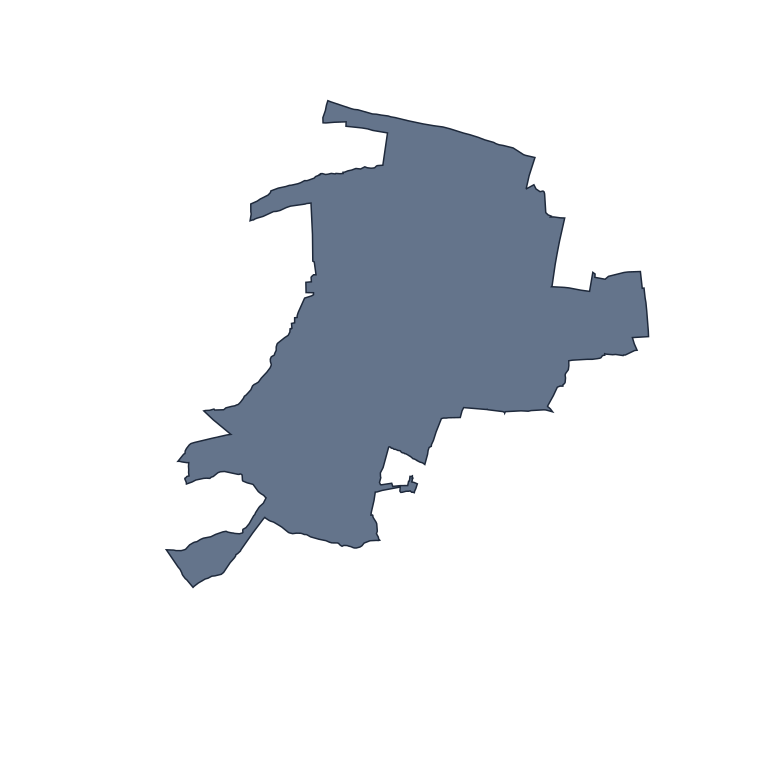 the district of Suletea, Vaslui, Romania, rotated 300°
{"feature_id": "2599482B74545700533017", "entity_name": "Suletea", "entity_type": "district", "adm_level": 2, "iso_a3": "ROU", "parent_name": "Romania", "parent_adm1": "Vaslui", "projection": "mercator", "projection_center": [27.899, 46.299], "detail": "fine", "context": "isolated", "style": "filled", "palette": "slate", "viewbox_px": 768, "rotation_deg": 300, "n_neighbors": 0, "source": "geoboundaries", "source_scale": "gbopen_adm2", "svg_char_len": 6159}
<svg xmlns="http://www.w3.org/2000/svg" viewBox="0 0 768 768"><g transform="rotate(300 384 384)"><path d="M597.1,561.2L596.0,559.8L609.6,549.8L603.1,539.4L600.6,536.1L589.5,524.6L585.3,523.1L581.8,513.3L584.8,511.8L585.1,509.0L567.0,515.7L563.7,507.6L559.7,496.1L557.8,491.8L552.0,480.4L553.0,480.5L573.3,472.4L583.8,468.6L595.4,464.6L618.1,457.5L616.1,453.7L613.6,447.6L611.9,444.7L613.0,444.9L612.5,441.6L613.3,438.4L629.0,428.0L630.4,426.6L630.6,425.2L628.6,423.0L628.9,418.2L631.5,414.2L624.3,409.8L624.5,409.4L637.1,405.5L655.6,401.5L652.8,392.3L652.4,390.2L653.0,377.8L650.2,368.0L648.7,364.0L648.1,360.7L648.1,358.3L645.8,349.1L644.7,342.1L642.8,333.6L641.1,327.5L638.0,313.5L636.1,306.6L632.5,297.8L628.8,287.8L624.0,273.1L620.3,260.4L618.8,256.4L618.2,253.6L615.5,247.1L613.9,242.6L612.1,239.0L608.4,224.2L606.8,220.7L606.0,217.6L601.8,197.0L601.3,193.7L596.8,194.7L591.5,196.5L584.1,197.9L579.7,200.6L581.0,203.1L585.9,210.2L592.1,220.1L588.2,222.2L594.7,236.8L596.8,242.4L598.0,247.5L603.2,261.5L572.9,273.6L570.0,269.3L569.1,268.5L566.6,267.8L565.5,266.5L564.4,264.9L562.9,261.4L562.5,258.8L558.5,256.2L556.6,251.9L553.0,248.9L550.6,246.2L547.8,244.0L546.8,242.6L545.9,243.4L544.1,240.7L542.3,237.0L541.7,236.9L541.4,236.4L540.0,233.0L537.7,230.6L536.2,228.6L535.4,225.4L534.5,224.0L533.7,224.2L533.5,223.5L532.9,223.2L532.6,223.5L529.4,221.0L527.4,220.6L522.4,216.4L521.5,215.5L520.4,213.5L516.7,211.2L514.4,209.3L509.8,204.3L508.7,202.7L505.9,200.2L500.8,194.5L494.7,189.5L492.9,189.9L489.6,189.1L482.3,184.3L478.9,182.7L473.3,178.6L466.5,182.6L464.8,184.0L458.4,186.4L460.1,187.9L460.9,189.0L462.2,189.6L464.1,191.1L468.7,195.5L478.1,202.1L479.6,204.4L482.3,207.2L488.0,211.2L491.3,214.1L498.8,223.7L500.5,225.8L501.5,226.6L504.2,230.3L477.9,247.2L454.8,260.9L454.8,262.6L444.6,270.5L443.4,268.4L440.7,267.5L439.8,267.6L436.2,270.0L433.0,265.5L424.2,270.8L427.8,277.3L426.1,278.3L424.2,277.3L418.7,272.3L403.2,273.9L399.9,274.6L398.2,275.5L396.7,273.5L392.3,276.0L390.2,273.6L386.2,276.4L385.7,276.2L385.4,275.6L385.1,275.7L384.8,275.1L381.9,276.5L378.2,276.7L374.5,274.8L366.1,271.5L365.2,271.4L362.2,272.1L359.3,273.8L355.6,274.1L354.7,274.5L354.0,274.4L351.2,272.8L348.7,273.1L346.5,274.5L344.7,276.5L344.0,276.9L341.2,277.3L335.5,276.6L327.9,274.8L322.9,274.3L320.1,272.8L318.7,271.8L316.6,271.1L312.4,271.6L305.5,270.1L303.6,269.2L301.2,269.4L296.4,268.8L293.4,268.0L291.9,266.6L290.6,265.8L288.6,263.4L284.3,259.0L281.9,258.2L281.4,257.8L276.8,250.4L277.3,249.3L274.1,246.2L271.7,242.5L270.6,241.4L267.6,254.1L263.8,276.6L261.3,273.4L250.9,262.1L238.5,249.0L235.9,246.6L233.9,245.8L229.4,245.2L226.7,245.3L224.2,246.4L223.1,245.6L214.0,244.2L214.8,245.5L215.5,248.0L217.4,252.8L218.3,254.2L215.0,255.8L212.2,257.7L209.5,259.1L206.9,261.1L205.5,259.6L203.7,259.2L202.8,258.7L202.1,259.1L200.1,261.8L198.6,262.9L203.2,266.8L206.8,269.1L212.1,275.0L213.7,277.4L215.2,280.4L217.0,281.0L218.5,282.4L224.1,284.5L226.1,286.1L228.5,289.6L232.8,302.9L233.5,304.0L234.1,304.2L234.4,304.9L234.4,306.2L233.9,306.9L229.9,309.5L229.4,310.3L230.0,314.9L231.5,320.4L231.5,321.0L228.0,328.9L227.5,331.9L227.4,335.6L226.8,337.1L226.4,338.8L220.4,339.1L216.2,337.7L214.6,337.4L208.4,337.1L206.3,337.4L204.7,337.0L195.7,337.1L190.6,336.3L187.6,334.5L186.7,334.8L184.9,336.0L184.3,335.9L182.0,333.7L179.9,329.3L179.6,328.1L178.8,326.3L177.6,322.6L177.5,320.9L175.5,318.5L169.6,313.4L165.1,310.4L160.1,304.6L157.5,302.7L153.9,300.8L152.5,299.2L151.4,298.3L147.5,296.1L141.6,294.8L140.1,293.5L138.3,291.7L137.0,289.4L135.7,287.1L135.0,284.9L131.6,278.4L122.4,297.5L121.5,300.1L119.2,303.5L118.5,304.1L117.6,305.6L116.0,309.4L115.9,310.8L112.4,320.3L113.9,320.7L118.8,322.7L125.8,326.7L127.8,328.7L131.5,331.0L133.3,333.5L137.8,338.2L140.6,339.3L152.4,340.1L158.8,341.4L160.7,341.5L162.3,341.1L163.7,342.0L167.8,343.2L168.7,343.0L189.3,344.8L207.1,347.0L208.9,347.5L208.6,348.8L208.4,352.4L208.5,354.2L209.2,357.4L209.1,364.3L209.0,367.0L207.7,375.1L207.7,376.2L208.7,379.7L211.0,382.7L213.0,386.3L213.5,387.9L213.8,390.2L214.7,391.9L214.9,392.6L214.9,396.8L217.0,405.2L219.3,412.1L219.7,415.7L220.3,418.2L223.1,423.2L223.2,424.4L222.5,426.9L222.5,428.8L224.1,429.9L225.7,432.9L225.9,434.3L226.6,436.7L226.9,439.4L227.4,440.8L228.2,442.1L230.8,444.7L232.9,445.8L236.3,446.3L241.3,450.3L244.8,455.7L245.7,457.5L246.6,458.4L247.1,456.9L248.6,455.6L250.6,452.3L253.2,451.8L259.3,447.6L260.4,446.2L262.9,441.5L263.8,440.5L264.5,440.1L264.8,439.6L263.9,438.3L266.4,437.2L278.1,433.6L286.0,430.5L287.1,432.0L291.0,435.7L302.9,449.6L299.2,451.3L298.5,452.7L299.5,454.1L302.1,456.7L303.6,459.2L304.5,460.0L304.1,462.1L304.7,463.1L305.0,464.6L306.5,464.1L309.1,463.9L314.2,462.8L313.8,459.4L313.1,457.0L315.5,456.4L316.1,455.6L316.9,455.5L317.1,455.9L317.6,455.1L318.6,454.5L317.5,453.8L317.0,452.7L312.7,454.5L312.1,453.9L307.9,455.3L304.2,449.0L299.7,442.8L301.9,440.3L295.6,432.4L295.1,431.6L295.2,431.1L296.5,429.3L301.2,428.1L302.3,427.1L305.2,425.3L311.2,425.0L331.7,419.6L332.4,420.2L332.5,421.4L332.1,422.3L332.7,423.8L332.5,425.3L333.2,426.7L333.4,429.2L334.3,431.3L333.6,433.2L333.6,434.2L334.2,435.7L334.0,436.6L334.5,438.0L334.4,443.5L333.8,446.7L334.2,447.4L334.3,449.9L334.1,450.6L334.4,451.1L334.2,451.5L334.3,454.0L335.0,456.8L334.7,459.6L344.9,456.9L348.6,455.4L351.6,454.8L353.7,456.1L355.3,455.4L359.9,455.0L368.5,453.1L382.7,451.0L384.3,452.6L385.6,454.9L387.0,456.7L393.1,466.8L399.8,465.0L403.4,464.8L413.4,486.0L413.7,486.0L413.6,486.7L419.6,500.9L419.6,502.6L419.1,503.1L420.7,502.9L429.3,516.1L432.6,522.6L434.5,524.6L441.6,535.4L442.5,537.3L444.2,543.9L445.6,540.6L446.2,537.8L446.2,537.0L446.7,536.7L458.5,536.5L467.9,535.7L470.2,537.5L471.6,540.0L472.9,539.4L474.4,540.0L475.3,540.1L476.1,540.0L480.0,538.2L482.3,536.4L483.7,536.0L488.5,536.5L492.2,535.0L496.5,532.4L498.8,535.2L507.1,547.8L509.5,552.0L512.7,556.2L514.3,558.1L515.4,558.8L517.2,558.9L518.4,559.5L519.3,560.8L520.6,560.0L521.0,561.6L523.7,567.4L525.4,569.8L528.2,576.9L528.8,576.9L529.8,578.5L538.3,584.3L539.8,586.3L543.9,580.7L548.4,575.9L557.3,589.4L561.9,586.5L578.5,575.1L585.5,570.1L589.1,567.1L597.1,561.2Z" fill="#64748b" stroke="#1e293b" stroke-width="1.5"/></g></svg>